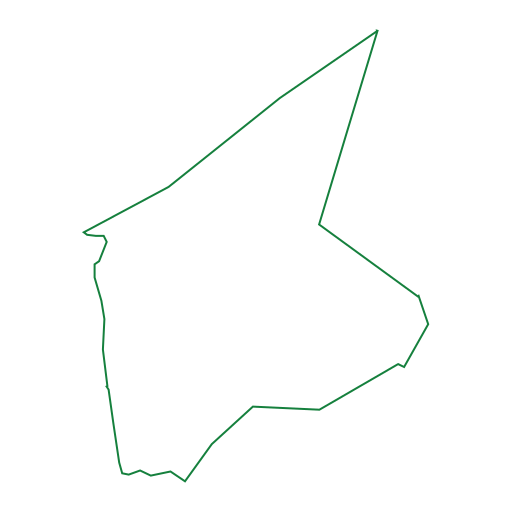 outline of Belfond, Soufrière, Saint Lucia
{"feature_id": "8701671B32439381681784", "entity_name": "Belfond", "entity_type": "district", "adm_level": 2, "iso_a3": "LCA", "parent_name": "Saint Lucia", "parent_adm1": "Soufrière", "projection": "equal_earth", "projection_center": [-61.044, 13.829], "detail": "fine", "context": "isolated", "style": "outline", "palette": "green", "viewbox_px": 512, "rotation_deg": 0, "n_neighbors": 0, "source": "geoboundaries", "source_scale": "gbopen_adm2", "svg_char_len": 597}
<svg xmlns="http://www.w3.org/2000/svg" viewBox="0 0 512 512"><path d="M122.2,473.3L128.7,474.6L140.1,470.5L150.8,475.6L170.5,471.5L185.0,481.3L211.8,444.1L252.9,406.6L254.6,406.7L319.4,409.7L398.1,364.1L401.2,365.6L404.1,367.0L428.2,324.2L418.6,295.9L417.9,296.5L319.1,224.5L347.7,129.5L377.5,30.8L377.1,30.7L377.2,31.0L279.9,98.0L168.6,186.9L83.8,232.3L87.1,234.8L96.1,235.9L103.7,235.9L106.7,241.9L99.1,261.2L94.6,264.3L94.6,277.5L101.4,300.8L104.4,319.1L102.9,349.5L107.4,386.1L106.6,386.5L108.6,389.6L113.3,422.9L119.2,462.6L122.2,473.3Z" fill="none" stroke="#15803d" stroke-width="2"/></svg>